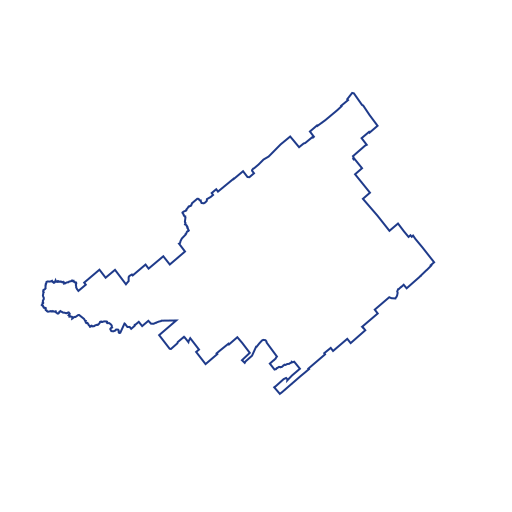 Murweh, Queensland, Australia, rotated 224°
{"feature_id": "25037944B20792422717007", "entity_name": "Murweh", "entity_type": "district", "adm_level": 2, "iso_a3": "AUS", "parent_name": "Australia", "parent_adm1": "Queensland", "projection": "equal_earth", "projection_center": [146.659, -26.136], "detail": "fine", "context": "isolated", "style": "outline", "palette": "blue", "viewbox_px": 512, "rotation_deg": 224, "n_neighbors": 0, "source": "geoboundaries", "source_scale": "gbopen_adm2", "svg_char_len": 5990}
<svg xmlns="http://www.w3.org/2000/svg" viewBox="0 0 512 512"><g transform="rotate(224 256 256)"><path d="M143.1,173.4L143.1,174.0L142.9,174.5L142.7,175.8L140.5,200.5L139.3,211.4L140.1,211.4L138.0,233.2L139.4,233.5L138.4,241.8L134.6,241.2L132.8,259.8L127.4,259.1L125.8,278.5L129.0,278.9L129.2,278.7L129.7,278.9L130.5,278.8L128.5,299.2L133.3,299.9L131.5,318.9L129.3,319.7L126.2,322.3L126.5,322.9L126.5,323.9L127.0,325.5L128.5,327.9L129.8,328.6L130.7,330.9L130.3,331.4L130.2,334.2L130.0,334.4L130.1,335.1L129.9,335.4L129.8,337.9L125.2,337.4L123.8,354.8L123.9,355.5L123.6,356.2L123.8,356.4L123.5,364.4L123.4,364.6L123.3,370.8L123.9,370.8L123.5,375.2L142.4,377.8L153.3,379.0L157.2,379.8L157.3,378.0L159.3,378.2L159.5,375.7L166.8,376.5L176.4,378.0L177.5,366.8L196.8,369.4L218.8,371.4L218.0,380.7L241.5,383.6L240.7,392.8L252.8,394.3L252.8,393.4L253.6,393.5L253.5,394.4L254.5,394.6L255.0,395.1L255.6,395.2L254.2,411.2L253.6,412.9L261.9,414.1L260.9,423.8L260.0,423.6L259.0,434.1L272.4,436.3L283.4,438.7L284.7,438.3L298.6,441.0L300.1,440.1L299.3,432.2L298.1,432.1L299.1,423.2L298.5,423.1L298.6,421.4L298.8,417.7L300.5,401.9L302.2,392.2L302.8,392.3L303.7,383.0L297.2,382.0L297.3,380.8L298.0,380.9L299.1,371.4L299.9,370.0L300.6,364.2L314.4,365.7L315.8,353.5L316.0,336.3L317.6,330.6L317.7,323.5L318.3,317.8L318.7,316.9L318.5,315.1L318.1,314.6L314.9,314.1L315.5,308.1L317.0,306.9L324.2,308.0L325.5,295.9L325.8,296.0L328.1,275.9L331.0,276.4L331.6,270.5L329.3,270.1L329.6,267.0L330.8,262.8L329.7,261.5L329.7,259.2L330.2,257.6L332.0,256.3L333.7,257.0L334.4,257.6L335.2,256.9L337.0,257.2L338.0,256.4L338.7,249.4L338.4,249.1L338.0,247.5L337.7,247.3L337.8,246.5L338.6,245.5L338.5,244.9L338.8,244.7L338.4,242.4L338.4,241.0L337.8,240.5L337.8,240.1L338.9,237.7L339.1,236.2L338.5,235.8L336.8,235.6L336.1,235.0L334.8,234.9L334.4,235.3L334.0,234.9L333.6,234.8L330.9,231.2L330.2,230.8L329.7,230.8L329.4,230.5L329.0,229.4L327.7,229.8L327.2,229.8L326.4,229.3L326.2,229.5L325.2,229.2L324.9,228.5L324.2,228.5L323.0,227.9L322.1,227.7L322.0,227.0L322.3,226.8L322.3,226.4L322.5,226.1L322.4,225.1L321.7,223.5L321.9,222.9L321.5,222.5L321.5,217.1L320.7,214.4L319.7,212.6L319.6,212.1L319.9,211.4L310.2,209.9L312.1,190.0L322.5,191.4L324.5,172.3L329.5,173.1L331.2,156.4L332.4,156.5L333.2,153.7L332.9,152.3L330.2,149.5L330.1,147.4L329.9,145.3L347.8,148.1L349.1,135.9L359.1,137.4L361.1,117.5L358.5,117.1L359.5,107.5L361.9,107.9L363.6,108.5L364.4,109.4L365.5,110.0L366.1,111.3L366.9,111.9L367.4,111.3L368.2,111.4L368.2,111.1L368.5,111.0L369.7,111.1L370.1,111.4L370.6,110.8L370.4,110.5L370.8,110.3L371.3,110.6L371.5,110.4L371.5,109.4L372.6,107.9L372.8,106.6L373.5,106.0L374.3,104.2L374.2,103.9L374.8,103.0L375.1,103.5L375.7,103.2L375.9,103.5L376.4,103.1L376.8,103.3L376.9,103.0L377.4,102.6L377.4,102.4L378.3,102.3L378.7,102.0L378.6,101.8L378.7,101.6L379.3,101.2L379.5,100.9L380.5,100.8L380.6,100.4L380.3,100.1L380.4,99.8L381.3,99.1L381.6,99.4L381.8,98.9L382.1,98.5L383.2,99.1L382.5,97.2L382.5,96.7L382.9,96.2L383.4,96.3L383.8,96.2L383.7,96.5L385.0,96.3L385.5,96.5L386.1,95.0L386.9,94.0L388.1,93.1L388.5,92.3L388.7,91.9L387.9,90.6L388.0,90.2L387.5,89.8L387.5,89.5L387.1,88.7L386.7,88.6L385.9,87.4L384.9,86.6L384.8,85.6L385.3,83.8L384.8,83.1L384.6,83.1L384.5,82.7L383.5,82.4L383.5,81.8L382.6,80.8L382.0,79.7L380.8,78.9L379.9,78.7L378.9,77.8L378.6,77.3L378.6,77.0L378.3,75.9L377.4,75.0L377.3,74.5L376.5,74.5L376.3,74.2L376.4,73.0L376.0,72.4L376.0,71.9L375.3,71.9L374.7,72.2L373.9,71.7L373.5,71.9L372.7,71.4L371.9,71.8L371.3,72.5L371.0,72.5L370.8,72.3L370.6,71.7L369.9,71.1L369.6,71.0L368.6,71.4L368.2,71.1L367.3,71.2L366.7,71.7L366.1,72.7L365.5,73.2L365.5,73.6L365.3,73.9L364.7,74.3L364.1,74.3L363.9,75.3L362.5,75.7L361.7,77.1L360.7,76.5L360.3,76.7L358.9,76.7L358.4,77.0L358.2,77.5L358.3,78.7L358.7,79.3L358.4,80.5L357.9,80.4L357.6,80.7L357.2,80.7L356.8,81.0L355.5,81.2L354.4,82.2L352.7,83.0L352.5,83.6L352.1,84.0L352.0,84.7L351.6,85.3L349.9,85.1L349.7,84.9L349.7,83.9L349.8,83.6L349.7,83.1L348.8,83.3L348.1,82.8L347.7,83.7L347.1,83.7L346.3,84.4L345.7,84.5L345.2,84.0L344.7,83.3L344.5,84.0L344.8,85.1L344.3,85.6L344.0,86.4L343.5,86.7L342.9,89.9L342.3,90.7L336.0,91.3L333.6,90.6L333.3,90.9L333.0,90.3L332.1,89.9L331.4,89.9L331.0,90.7L330.7,90.8L330.2,90.5L329.1,90.5L328.2,90.0L326.7,90.2L326.3,89.8L326.0,90.1L326.1,91.4L325.9,91.7L325.0,91.6L324.7,91.8L324.5,92.4L323.9,92.7L323.6,93.3L323.6,94.1L322.5,96.3L322.1,96.3L321.9,96.6L321.8,97.1L321.9,99.1L322.4,100.3L321.9,101.3L321.6,101.4L321.2,101.3L320.6,101.9L320.4,102.6L319.6,103.7L318.0,105.1L317.5,105.3L316.9,104.4L316.3,104.4L314.9,105.8L312.4,106.0L311.0,105.5L310.4,104.6L309.9,104.5L310.3,103.4L310.2,102.4L309.9,102.1L307.9,101.5L306.3,102.7L305.4,104.7L305.6,105.7L305.5,106.0L304.1,107.2L303.1,107.1L301.9,105.8L301.4,105.6L300.8,105.7L300.3,106.5L303.7,116.1L303.3,116.2L299.2,115.6L297.6,117.2L295.2,116.9L294.8,121.1L295.3,122.0L295.0,122.1L295.1,122.4L294.6,127.2L289.2,126.5L288.4,134.6L284.5,134.4L282.6,136.1L281.6,138.6L281.4,138.7L281.4,139.0L280.3,141.4L279.1,143.2L279.1,143.8L268.6,154.2L270.7,131.8L253.7,129.3L252.6,130.0L251.9,138.6L252.5,139.7L251.7,147.7L251.0,147.5L250.8,147.9L244.8,147.1L245.3,147.9L246.2,151.2L232.0,149.1L232.4,145.4L217.2,143.2L215.7,158.5L216.7,158.6L216.4,161.7L214.9,173.8L214.0,173.6L213.0,184.6L205.6,183.9L193.2,182.0L193.7,171.3L189.9,171.3L190.3,172.9L189.6,181.5L192.9,190.8L192.5,191.1L192.9,195.3L193.0,199.4L192.5,200.7L190.7,202.0L189.2,201.8L188.2,201.1L171.1,198.2L171.0,196.9L170.6,195.8L170.8,193.8L170.7,193.5L170.9,192.9L171.3,188.2L163.9,187.2L163.8,187.6L163.1,188.2L163.0,188.7L163.2,189.7L162.9,190.0L162.5,192.1L162.0,192.6L161.2,192.8L161.1,193.0L161.1,193.3L160.4,194.0L160.2,195.7L160.3,196.4L160.0,196.9L160.0,197.6L159.1,198.1L158.5,200.0L157.2,201.5L157.1,202.5L156.6,203.5L156.6,204.4L156.8,204.7L155.8,205.0L155.1,206.5L146.1,205.4L147.1,195.1L147.1,188.4L147.6,189.1L149.6,189.2L150.6,186.6L151.4,175.4L151.6,175.1L151.7,174.2L143.1,173.4Z" fill="none" stroke="#1e3a8a" stroke-width="2"/></g></svg>